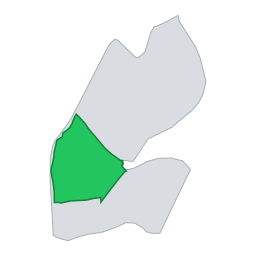 location of YobokiI, Dikhil, Djibouti
{"feature_id": "41766387B74076707162819", "entity_name": "YobokiI", "entity_type": "district", "adm_level": 2, "iso_a3": "DJI", "parent_name": "Djibouti", "parent_adm1": "Dikhil", "projection": "equal_earth", "projection_center": [42.146, 11.584], "detail": "fine", "context": "in_parent", "style": "filled", "palette": "green", "viewbox_px": 256, "rotation_deg": 0, "n_neighbors": 0, "source": "geoboundaries", "source_scale": "gbopen_adm2", "svg_char_len": 1745}
<svg xmlns="http://www.w3.org/2000/svg" viewBox="0 0 256 256"><path d="M190.5,169.3L182.3,186.4L171.8,208.3L159.9,233.2L152.5,233.4L146.7,231.9L142.7,227.7L134.5,223.1L125.3,222.8L116.5,227.1L101.6,232.4L88.2,234.2L77.4,237.1L68.4,240.6L60.3,238.8L53.3,235.6L51.8,209.1L50.1,180.4L50.3,158.0L52.8,145.6L55.0,140.8L67.7,123.7L72.1,116.7L86.6,88.5L99.0,64.3L108.3,46.2L111.1,42.6L115.0,39.2L117.8,40.2L135.9,57.6L139.0,57.1L145.1,51.7L150.5,33.1L154.3,26.3L156.0,26.5L167.6,21.2L178.0,15.4L179.4,21.5L195.3,46.5L200.5,58.8L205.9,81.4L203.1,94.0L199.0,102.1L192.9,109.5L171.7,127.4L148.1,138.8L133.1,161.6L121.9,160.1L123.6,168.8L127.8,169.7L134.3,168.1L147.3,161.4L158.8,158.3L171.2,158.0L182.5,160.9L190.5,169.3Z" fill="#d9dde1" stroke="#a8b0b8" stroke-width="1"/><path d="M76.2,114.2L74.7,116.8L74.1,118.3L73.7,119.4L72.8,121.0L72.4,122.7L70.3,126.7L68.7,128.6L66.6,130.4L66.3,130.7L63.1,132.7L62.7,133.4L62.2,136.7L61.7,137.5L60.8,137.7L57.9,139.5L57.0,140.2L56.2,142.9L55.9,144.9L55.8,145.2L54.0,152.7L54.2,154.0L54.1,154.4L53.8,157.0L52.6,162.6L52.6,163.7L52.0,165.3L51.2,168.7L51.1,169.9L51.0,170.9L51.2,172.8L53.0,182.4L53.5,185.7L53.6,186.9L54.2,192.5L54.3,199.8L54.4,201.4L54.4,201.7L54.4,202.5L58.6,202.4L60.8,203.0L70.7,200.9L86.4,200.1L93.2,198.5L100.9,197.5L100.9,202.1L109.1,191.3L118.2,179.5L124.8,171.7L126.4,171.0L126.1,170.7L125.6,170.6L125.3,169.9L124.9,169.7L124.7,169.2L121.9,166.5L121.8,165.9L121.9,165.3L122.6,164.8L122.3,164.0L122.5,163.8L123.1,163.7L123.0,163.3L122.8,162.6L122.9,162.1L122.5,161.7L122.7,160.8L122.4,160.6L122.1,160.9L121.8,160.5L121.6,160.6L121.5,161.1L121.3,160.9L116.3,157.4L112.0,154.4L105.2,148.5L88.1,128.2L84.8,123.1L78.1,116.0L76.2,114.2Z" fill="#22c55e" stroke="#15803d" stroke-width="1.5"/></svg>